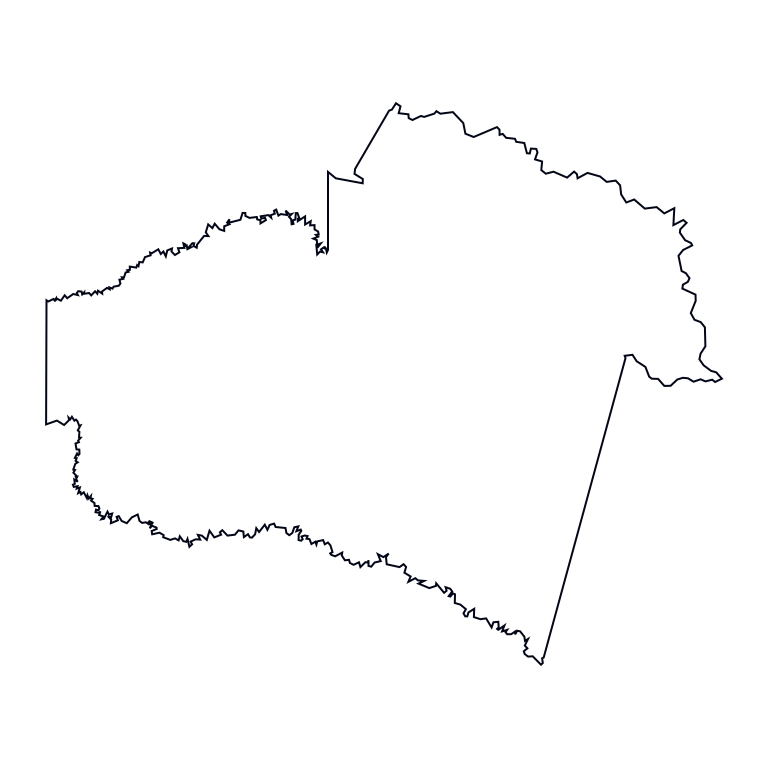 the district of Aguarico, Orellana, Ecuador
{"feature_id": "8360857B665042104792", "entity_name": "Aguarico", "entity_type": "district", "adm_level": 2, "iso_a3": "ECU", "parent_name": "Ecuador", "parent_adm1": "Orellana", "projection": "mercator", "projection_center": [-76.096, -0.984], "detail": "fine", "context": "isolated", "style": "outline", "palette": "ink", "viewbox_px": 768, "rotation_deg": 0, "n_neighbors": 0, "source": "geoboundaries", "source_scale": "gbopen_adm2", "svg_char_len": 6040}
<svg xmlns="http://www.w3.org/2000/svg" viewBox="0 0 768 768"><path d="M680.2,229.4L686.6,222.8L683.3,220.0L673.4,225.1L674.3,208.2L664.3,213.4L656.6,207.1L644.8,208.6L634.2,199.5L626.3,202.5L621.2,194.5L620.1,185.3L615.7,180.6L606.7,181.9L600.1,176.5L587.5,172.9L577.6,178.3L576.9,174.1L574.1,171.6L567.1,177.6L553.5,171.7L545.8,173.7L541.3,170.1L542.1,161.5L535.0,159.4L537.5,152.3L536.2,148.9L530.9,148.6L529.8,153.5L526.9,153.2L524.3,143.0L516.2,141.8L515.0,138.8L506.1,137.8L502.7,133.9L499.6,134.8L499.5,129.7L497.0,127.1L473.7,137.0L465.4,133.7L463.3,123.1L452.9,112.1L440.4,113.7L436.4,111.2L434.4,113.6L424.2,116.9L420.9,116.0L412.4,120.0L408.7,118.1L408.4,114.3L398.7,113.2L400.5,106.3L396.0,103.3L391.9,109.6L389.1,110.6L355.1,168.9L354.5,173.9L362.8,179.0L362.7,183.3L335.8,178.3L328.0,171.9L328.0,249.9L326.8,252.5L325.9,248.4L324.2,246.5L325.0,249.0L323.6,247.5L321.0,249.4L323.0,252.3L320.0,251.6L317.2,254.5L316.4,245.7L318.0,247.0L320.8,243.4L317.2,244.7L316.8,240.1L313.3,238.6L318.1,236.7L316.0,234.9L318.7,234.5L318.1,231.5L314.6,229.5L314.5,225.1L310.1,225.4L310.7,221.2L305.1,224.5L305.1,216.4L297.8,221.2L297.8,218.8L299.6,218.9L297.4,213.0L295.8,213.1L295.3,219.6L292.7,220.4L293.5,223.9L291.6,224.3L291.2,219.2L289.0,216.8L291.7,214.0L289.7,214.5L285.6,210.6L287.2,215.0L280.8,214.1L278.4,215.6L276.2,209.6L274.0,210.8L274.8,213.7L270.7,215.2L271.2,217.7L268.4,215.1L260.7,216.3L261.3,218.6L265.0,217.8L265.9,220.1L260.5,223.4L260.4,220.2L257.2,219.4L256.8,217.0L249.5,217.9L245.4,215.9L245.3,213.0L242.6,212.9L240.4,219.8L229.0,222.7L229.4,219.3L227.1,222.6L229.3,224.3L224.2,226.3L224.2,230.9L219.5,229.3L214.7,223.7L212.4,228.1L208.2,224.4L205.8,232.3L208.4,236.1L204.1,235.9L197.1,244.6L196.7,247.7L193.5,245.9L194.2,243.3L192.4,243.2L189.1,246.9L191.2,247.2L187.4,249.2L186.7,245.4L184.8,246.3L185.2,244.3L183.4,243.4L184.4,247.9L178.0,248.2L179.4,252.3L174.9,255.0L171.5,251.5L172.0,248.5L167.3,250.4L165.8,256.4L163.4,251.5L160.8,254.0L158.3,249.3L151.7,253.3L150.1,252.6L150.6,255.3L145.0,257.1L142.7,262.4L139.3,262.0L138.5,266.1L137.2,265.0L136.3,267.6L129.8,266.6L129.9,269.8L127.3,270.2L128.5,271.8L125.6,272.5L124.0,277.4L122.0,277.3L123.1,278.9L119.4,279.7L120.4,283.5L118.8,285.7L113.6,286.7L112.5,288.6L109.4,287.4L109.7,289.3L107.0,287.9L102.0,291.5L102.2,293.6L98.0,290.7L97.3,293.7L95.1,291.3L91.2,295.4L89.1,293.0L83.9,293.8L84.1,292.4L82.2,294.4L81.6,291.6L78.2,291.2L76.8,293.0L77.9,295.1L73.3,294.0L67.2,298.2L64.7,295.3L60.9,300.7L57.2,298.8L56.1,299.8L56.1,298.3L54.5,300.4L53.5,299.0L48.2,301.5L46.5,300.3L46.1,424.4L56.9,420.6L64.1,425.0L69.1,420.1L68.6,417.6L70.3,419.3L71.9,416.8L74.4,420.7L76.0,419.6L77.4,421.1L79.2,425.8L80.5,425.4L77.8,430.4L79.4,431.8L79.0,437.5L80.7,437.7L78.1,440.6L78.9,442.2L75.5,443.5L76.5,449.4L79.3,449.6L79.5,453.9L78.3,455.2L77.1,453.5L74.9,457.9L76.7,458.2L75.6,460.8L77.7,462.3L75.3,463.8L73.3,469.6L75.0,470.0L73.4,472.7L76.5,475.9L75.0,477.0L77.2,476.7L76.1,479.2L77.7,481.7L74.3,479.5L74.8,483.8L72.9,484.7L73.8,486.9L77.5,486.2L76.7,488.6L79.9,487.5L78.2,493.2L80.5,492.0L81.2,494.4L83.8,492.3L86.9,498.2L87.5,495.3L88.8,498.5L90.8,496.1L90.4,498.3L92.5,498.8L91.1,500.6L94.5,503.1L94.6,505.9L98.4,506.1L99.4,508.4L98.5,510.2L96.0,509.6L95.5,512.2L99.3,512.8L100.5,511.4L99.1,515.0L103.5,516.5L101.4,519.3L103.9,518.8L107.5,511.6L108.9,514.4L112.2,513.5L111.1,517.4L107.8,516.1L111.2,519.6L110.9,523.2L117.9,520.3L116.6,516.9L118.7,516.1L121.7,521.0L126.8,523.2L131.8,517.4L137.7,514.5L139.5,520.9L142.1,522.9L145.9,522.3L149.0,524.4L151.2,523.6L148.5,522.3L149.4,521.2L152.5,522.6L149.7,528.3L152.1,525.8L156.5,527.6L156.7,529.0L151.7,531.0L152.2,534.3L159.5,532.7L163.7,535.2L163.2,537.2L170.3,539.9L175.1,538.4L178.6,540.4L179.8,536.3L183.3,541.2L186.3,541.8L187.5,538.9L189.4,546.8L192.1,544.3L190.6,541.6L195.6,539.3L200.2,539.6L197.9,534.9L201.8,535.6L206.8,539.9L209.5,530.7L214.3,537.4L221.1,534.7L219.9,532.3L222.3,530.2L227.5,535.6L234.9,534.7L238.5,530.4L243.3,531.5L243.9,537.1L248.0,534.2L249.9,537.4L252.0,537.6L255.1,534.3L256.3,528.2L259.1,532.0L264.8,524.7L267.4,529.8L269.7,524.9L274.1,523.6L275.6,527.0L285.5,528.0L286.4,533.0L289.3,535.2L292.3,533.0L294.3,527.3L298.3,526.4L296.4,531.2L300.7,529.6L301.3,530.9L298.7,534.6L298.6,540.1L301.2,540.7L302.7,539.2L301.5,536.5L304.8,535.5L307.6,536.1L306.5,538.7L309.5,539.1L311.4,544.0L315.3,541.7L316.4,544.6L317.2,541.4L323.1,540.1L324.8,544.3L327.9,542.5L330.4,545.3L332.5,552.1L330.2,553.4L331.2,554.8L335.1,556.3L342.2,552.6L341.8,555.5L344.9,560.3L349.0,559.8L349.9,563.0L353.6,564.8L359.0,562.3L360.4,567.1L365.4,562.2L367.8,562.5L368.5,560.2L368.5,565.9L371.2,566.7L374.6,562.5L380.7,561.1L377.9,554.2L383.4,557.1L388.7,553.6L386.0,557.0L386.7,564.3L399.5,567.1L403.6,564.2L406.1,567.0L404.4,572.7L410.6,576.5L408.4,581.8L415.3,578.2L418.0,580.4L424.1,580.9L418.5,583.6L429.3,588.1L435.9,585.9L436.2,583.3L444.1,592.8L446.6,590.7L445.6,587.2L450.3,588.8L452.2,591.5L448.7,596.1L450.3,596.6L453.0,593.4L455.0,594.3L454.8,603.0L460.4,604.6L465.9,609.2L463.5,613.3L465.2,616.3L467.3,616.3L468.5,612.4L474.2,608.8L473.9,617.1L480.5,619.2L486.1,618.4L491.6,627.5L493.4,622.3L498.3,621.8L498.7,627.3L497.1,628.9L498.3,629.8L504.4,625.5L502.1,631.4L507.1,629.9L505.5,632.1L507.1,634.2L511.1,634.2L515.2,631.5L515.2,634.4L517.2,630.7L520.2,631.4L524.4,636.8L525.0,640.9L528.0,639.0L524.8,645.6L527.4,648.3L523.8,651.3L524.7,654.0L528.1,656.6L532.7,656.3L541.0,664.7L542.8,663.0L542.1,658.3L543.7,657.5L625.5,358.1L624.7,355.8L632.5,354.8L636.7,361.3L645.4,366.9L649.2,376.7L651.8,378.7L658.1,378.9L664.3,385.9L670.6,385.8L677.3,379.5L682.9,377.8L688.0,378.3L693.5,381.7L700.6,379.3L705.5,381.4L712.2,379.7L715.1,382.0L721.9,378.7L716.2,372.3L711.1,370.9L703.6,365.3L699.4,359.3L700.6,353.6L705.4,346.3L704.9,327.3L700.7,322.1L694.5,319.8L690.8,313.1L695.7,300.8L695.5,294.6L682.4,288.6L682.9,284.7L687.8,281.9L689.5,278.2L685.9,273.2L681.6,271.0L678.5,255.8L683.1,250.0L692.2,245.4L691.0,243.0L685.1,240.2L679.9,232.7L680.2,229.4Z" fill="none" stroke="#020617" stroke-width="2"/></svg>